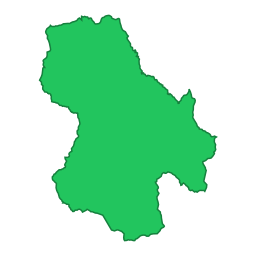 Nam Tra My, Quàng Nam, Vietnam
{"feature_id": "81297802B98842550999199", "entity_name": "Nam Tra My", "entity_type": "district", "adm_level": 2, "iso_a3": "VNM", "parent_name": "Vietnam", "parent_adm1": "Quàng Nam", "projection": "natural_earth1", "projection_center": [108.076, 15.133], "detail": "fine", "context": "isolated", "style": "filled", "palette": "green", "viewbox_px": 256, "rotation_deg": 0, "n_neighbors": 0, "source": "geoboundaries", "source_scale": "gbopen_adm2", "svg_char_len": 5691}
<svg xmlns="http://www.w3.org/2000/svg" viewBox="0 0 256 256"><path d="M50.4,25.4L50.1,26.2L49.6,26.7L46.9,28.8L46.0,30.7L45.7,31.8L46.0,33.1L47.7,35.8L47.4,36.9L47.4,38.7L47.8,39.0L48.5,40.4L49.4,43.0L50.4,47.9L50.6,49.8L50.2,50.7L49.6,51.2L47.1,52.1L47.2,55.1L46.8,57.1L46.1,58.0L43.7,59.8L43.2,60.5L43.1,60.9L43.7,62.4L43.2,64.3L43.3,65.2L43.5,65.7L44.3,66.7L44.7,67.5L43.5,67.4L42.9,68.2L42.2,74.2L41.3,76.8L39.6,80.2L41.3,81.9L41.6,83.6L41.5,84.4L43.0,85.9L42.7,88.0L42.8,89.2L44.3,91.2L44.6,91.9L46.9,92.2L47.4,92.6L47.8,93.3L48.3,93.4L48.7,93.8L49.8,93.6L50.8,94.7L50.7,95.2L51.3,96.1L51.2,98.6L51.7,100.3L51.7,101.6L53.3,102.1L55.4,102.4L56.2,103.0L56.9,102.9L58.0,103.3L59.8,105.4L61.5,105.4L62.4,106.3L63.9,106.1L65.1,106.6L66.0,106.5L66.6,107.0L68.2,106.9L68.5,107.1L68.7,108.3L69.1,109.0L69.9,109.8L70.8,111.5L71.4,111.7L71.7,112.2L72.2,112.1L73.0,112.8L74.0,113.1L75.0,112.7L76.6,113.2L77.3,113.0L77.7,113.3L77.8,113.4L77.7,114.5L78.0,117.6L78.9,118.8L79.9,123.3L79.7,124.5L78.4,127.0L78.3,128.2L78.5,129.4L78.1,129.9L77.4,130.4L77.1,131.1L77.3,133.9L78.5,135.4L78.6,136.3L78.3,137.1L76.0,138.9L75.2,140.8L74.4,141.8L74.2,143.6L73.5,146.0L71.5,148.6L71.9,151.2L70.3,152.1L69.1,153.3L69.0,154.4L69.4,155.5L69.3,156.3L68.5,157.0L67.6,157.4L65.0,157.3L65.2,158.9L66.6,161.1L64.8,164.5L64.8,165.2L65.5,166.2L65.2,167.5L64.3,167.7L63.1,168.8L62.0,169.1L61.1,169.7L59.1,169.8L56.1,172.5L55.5,173.7L54.1,174.2L53.3,175.9L52.3,176.9L52.4,179.0L52.9,180.1L53.9,180.9L54.7,181.9L55.9,182.9L56.4,183.6L56.1,187.7L56.6,190.0L57.5,192.2L58.2,193.2L59.4,197.5L60.3,198.8L61.8,200.2L62.2,201.5L63.0,201.8L63.3,202.2L62.9,202.9L64.1,202.9L65.7,203.5L66.7,204.3L67.6,204.2L68.9,204.6L69.0,206.6L70.5,208.5L70.9,209.7L71.8,210.2L72.3,210.7L72.6,211.4L73.0,211.5L74.0,211.4L75.1,210.2L77.3,210.1L78.1,209.4L79.7,209.2L81.6,210.5L82.5,212.1L86.2,210.2L87.1,209.3L89.7,210.7L90.7,211.7L92.5,211.8L95.3,213.0L97.3,213.2L102.8,215.2L111.5,230.0L114.5,230.9L117.1,229.9L118.5,230.1L120.5,231.0L121.7,231.3L122.4,232.2L124.1,233.7L123.7,238.0L124.0,238.7L123.9,239.3L124.6,240.6L126.8,240.4L128.2,239.7L129.6,240.1L131.1,239.9L133.4,240.6L134.7,240.6L135.8,239.0L137.1,238.6L139.2,236.9L139.8,236.2L141.2,235.5L142.9,235.1L145.2,235.2L145.8,235.5L146.3,236.1L148.3,236.2L149.0,235.9L150.2,234.6L151.0,234.2L153.5,233.8L157.2,233.7L160.1,230.6L160.4,229.5L161.6,228.2L163.6,227.2L164.3,226.3L164.0,225.5L162.8,224.3L162.3,223.3L161.4,217.8L161.3,215.9L161.0,214.7L160.5,214.0L160.3,212.0L157.4,209.3L158.5,204.6L158.0,202.0L157.1,199.1L156.9,196.6L157.7,195.7L158.8,193.6L158.9,193.2L157.8,191.8L157.3,190.0L157.3,189.5L158.3,188.0L158.3,187.1L157.1,185.0L155.8,183.3L155.4,182.1L156.2,181.9L156.7,181.5L156.8,179.5L157.3,178.8L158.2,178.6L161.0,176.5L161.3,176.1L161.8,174.3L162.6,173.3L164.0,172.5L165.0,173.3L166.1,173.2L168.0,171.9L171.6,173.0L172.6,174.1L175.2,175.5L176.3,177.2L178.5,178.9L179.5,180.2L179.7,180.8L179.5,182.0L180.7,184.0L180.9,185.3L182.0,184.9L182.2,184.1L183.5,183.0L185.3,184.4L186.1,185.6L186.7,185.8L187.8,187.0L188.3,187.2L189.0,189.5L189.3,189.9L190.6,190.6L192.2,190.1L194.6,192.0L196.0,191.4L196.7,192.0L197.4,192.1L198.4,191.1L199.9,190.4L204.1,190.5L204.8,191.3L206.5,187.5L206.8,184.7L204.0,181.6L203.8,181.1L206.2,170.4L205.5,169.0L205.3,167.6L203.1,163.8L202.7,162.0L203.0,161.5L204.4,161.1L205.8,160.4L207.8,158.5L210.0,158.3L211.3,157.9L213.0,155.9L214.4,153.7L214.4,153.3L213.8,152.5L213.8,152.2L214.0,151.8L214.8,151.5L215.0,150.7L215.7,149.7L215.2,147.0L215.6,144.7L214.6,142.7L214.3,141.7L214.5,138.7L214.8,138.1L216.4,137.0L214.5,136.1L213.3,136.6L211.5,136.7L211.1,136.2L210.8,136.1L210.4,134.9L209.6,134.0L207.7,132.8L206.6,132.6L204.9,131.0L203.6,130.8L202.8,130.5L202.0,129.4L199.3,129.0L199.0,127.6L197.4,126.5L196.5,123.8L194.5,120.6L192.9,117.8L192.7,117.0L193.2,115.1L192.7,112.1L193.3,109.7L193.4,105.9L195.0,102.1L195.2,100.2L194.5,98.8L192.3,98.1L192.0,97.7L191.5,96.4L191.3,94.8L190.4,91.9L189.1,89.1L189.0,90.6L188.8,91.6L187.8,93.4L186.9,94.6L186.2,95.0L184.1,95.3L183.7,95.6L182.7,97.1L181.6,98.2L181.2,99.3L181.1,100.3L179.4,101.8L179.0,103.3L178.2,103.4L178.0,103.0L178.0,101.8L175.4,99.4L174.0,97.2L172.7,96.8L171.8,95.2L169.9,93.7L169.2,94.6L167.6,94.0L167.5,93.6L168.1,93.1L167.7,92.2L167.6,90.2L165.3,88.6L164.6,87.5L163.5,87.1L162.6,86.6L162.4,86.1L162.8,85.5L162.7,85.1L161.2,84.7L160.8,83.9L160.0,84.0L158.8,82.5L157.8,82.1L157.2,81.3L157.1,80.4L156.8,79.9L156.1,79.6L155.3,79.9L154.9,79.8L154.2,78.4L154.0,77.2L152.9,76.4L152.0,76.8L150.1,75.9L148.7,75.5L147.7,75.4L147.1,76.1L146.7,76.2L145.8,75.5L145.2,74.4L144.1,74.2L143.7,73.2L143.4,72.9L142.9,73.0L142.2,73.8L141.7,73.9L141.5,73.3L141.4,72.3L142.1,71.9L142.1,71.0L140.5,69.2L139.9,68.0L140.0,66.1L139.2,64.1L139.0,60.7L139.4,59.2L138.3,58.0L138.4,56.5L137.0,56.7L136.4,56.3L137.4,55.1L137.5,53.1L137.0,52.7L135.1,52.5L135.0,52.0L135.7,51.7L135.9,51.3L135.1,50.0L134.0,50.7L133.1,50.5L132.7,49.8L132.4,47.5L131.2,47.0L130.7,46.5L130.4,45.2L130.5,44.2L130.4,43.6L127.4,39.3L127.1,38.3L127.1,37.5L128.0,36.7L128.3,36.1L127.2,35.0L125.4,31.8L123.0,30.4L122.2,29.3L121.2,27.0L121.1,26.1L119.9,22.3L119.5,19.2L119.0,18.6L118.2,18.5L116.0,19.6L115.0,19.5L112.0,18.3L111.4,16.7L109.5,15.5L108.4,15.4L106.4,15.8L105.2,16.2L104.1,17.3L103.2,17.4L102.1,18.0L101.4,19.1L100.6,21.8L99.4,23.4L97.7,23.8L95.5,24.0L94.7,23.5L93.8,21.9L92.2,20.4L91.3,18.3L90.1,18.0L88.8,18.8L88.4,18.6L87.9,17.3L87.3,16.9L86.0,17.0L84.7,16.4L83.3,17.0L81.6,16.3L81.5,17.2L81.7,20.1L79.4,18.0L78.0,18.9L77.3,20.0L76.5,20.7L74.3,21.6L72.4,22.0L69.4,23.6L68.2,23.4L63.4,23.8L61.2,25.1L59.2,25.3L57.2,26.1L55.8,25.9L54.6,26.5L52.2,26.5L51.5,26.3L50.4,25.4Z" fill="#22c55e" stroke="#15803d" stroke-width="1.5"/></svg>